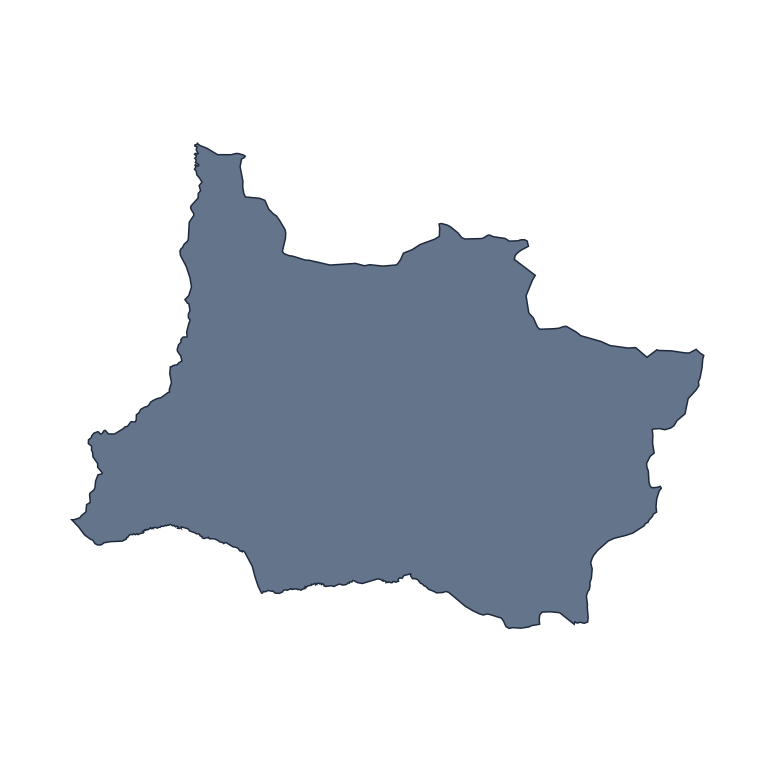 the district of Mpwapwa, Dodoma, United Republic of Tanzania, rotated 86°
{"feature_id": "72390352B74757309381442", "entity_name": "Mpwapwa", "entity_type": "district", "adm_level": 2, "iso_a3": "TZA", "parent_name": "United Republic of Tanzania", "parent_adm1": "Dodoma", "projection": "albers", "projection_center": [36.387, -6.763], "detail": "fine", "context": "isolated", "style": "filled", "palette": "slate", "viewbox_px": 768, "rotation_deg": 86, "n_neighbors": 0, "source": "geoboundaries", "source_scale": "gbopen_adm2", "svg_char_len": 6154}
<svg xmlns="http://www.w3.org/2000/svg" viewBox="0 0 768 768"><g transform="rotate(86 384 384)"><path d="M147.1,506.5L145.9,508.0L144.0,512.9L143.7,515.6L144.6,520.7L143.6,534.0L136.5,544.2L133.1,551.2L130.9,553.4L131.8,553.8L132.4,556.0L133.3,556.2L134.6,553.9L137.2,555.1L141.1,553.4L141.4,554.1L140.8,556.1L141.5,557.0L143.4,555.3L144.2,555.3L145.6,557.0L147.4,555.7L150.0,556.7L151.8,553.8L152.8,553.6L153.6,554.1L152.1,556.9L152.8,557.3L154.6,556.5L156.5,558.1L158.4,556.5L162.4,556.1L165.4,553.8L170.0,551.5L173.2,554.6L178.4,553.5L181.0,556.0L185.4,556.4L193.0,564.2L194.7,564.6L196.5,564.2L201.1,561.8L202.8,562.2L209.0,567.0L225.7,569.1L227.7,569.9L230.7,573.7L234.1,575.6L234.5,576.7L237.1,578.3L241.5,578.1L252.9,573.1L264.7,570.1L273.8,569.3L282.2,572.6L285.9,576.7L289.8,574.3L290.4,573.0L297.3,572.5L300.7,574.3L304.4,574.5L306.7,572.9L310.0,574.5L318.7,577.3L322.7,577.1L323.5,577.7L323.1,580.3L323.5,581.6L325.7,583.6L328.0,583.5L330.5,586.2L335.1,587.9L337.0,587.7L341.9,584.8L346.9,584.0L348.5,587.2L350.3,589.0L350.9,593.2L352.1,595.1L351.9,595.9L359.0,597.0L367.7,595.9L374.3,598.5L377.1,598.6L377.4,600.0L382.0,607.3L382.7,611.3L384.3,615.4L385.8,618.1L388.7,620.1L389.9,621.9L390.5,624.7L392.4,628.5L395.5,630.4L397.5,633.2L402.6,633.7L404.2,634.7L404.5,636.0L403.9,638.4L404.4,639.5L408.3,642.8L408.8,645.6L410.2,646.9L415.0,656.2L414.7,661.8L414.0,662.9L410.9,665.1L410.9,666.4L413.7,668.7L414.0,669.6L413.6,671.2L412.4,671.6L411.6,672.7L412.1,674.6L412.8,676.8L415.3,679.1L417.2,679.9L419.1,682.7L422.9,683.1L425.3,680.3L426.9,680.0L429.4,680.5L431.7,679.5L436.5,679.4L443.4,675.2L447.1,675.5L452.8,671.3L453.9,671.8L454.7,675.7L460.8,678.5L467.4,679.6L469.7,681.0L472.0,684.5L473.4,685.4L481.6,685.3L483.6,689.1L490.9,690.3L494.1,694.9L496.3,696.9L497.8,702.8L497.6,705.0L505.3,698.6L513.5,693.4L518.1,688.0L519.5,685.4L523.0,683.5L524.5,681.2L524.8,678.2L524.3,676.4L522.9,674.6L522.2,667.9L522.5,656.0L520.7,651.8L519.2,651.4L519.1,650.4L517.2,648.9L516.4,647.5L516.8,645.2L515.9,644.1L517.0,642.6L516.2,641.0L517.1,639.9L516.1,637.5L515.8,634.7L515.2,634.1L514.4,634.7L513.7,634.3L513.8,633.5L513.1,633.2L513.4,632.0L512.5,631.9L513.0,629.9L511.9,627.6L511.0,627.0L512.1,626.1L511.7,625.5L512.2,624.6L511.3,624.3L511.4,623.1L510.8,622.4L512.0,620.3L511.1,618.0L511.4,617.3L510.3,616.3L510.6,614.0L509.8,611.9L510.3,610.8L509.7,610.1L509.9,608.8L509.1,607.0L510.8,604.5L510.4,603.2L511.9,602.1L511.4,600.3L512.0,599.5L513.4,600.1L513.9,598.5L513.2,597.0L513.7,596.5L512.9,596.7L512.4,596.1L514.8,589.6L517.1,588.1L519.2,583.0L520.2,581.9L520.9,578.6L522.6,578.1L523.6,576.1L524.7,576.1L525.4,574.9L525.6,573.8L524.8,571.7L525.4,570.1L524.9,569.8L526.3,568.8L526.4,565.3L527.0,563.2L528.6,560.3L529.9,559.2L531.0,555.9L532.0,555.1L531.1,553.2L531.3,552.5L536.1,545.7L536.1,544.2L537.6,541.3L540.3,539.5L540.9,538.1L540.5,537.5L541.4,537.1L540.8,536.6L541.3,535.3L542.4,534.5L556.7,528.1L567.6,526.1L577.1,523.6L584.1,520.7L584.0,519.8L582.7,518.8L583.0,516.8L581.9,514.0L582.9,510.4L582.6,509.7L585.0,507.1L585.6,503.1L584.3,499.6L583.1,498.9L582.5,497.4L582.4,496.3L583.1,495.2L581.7,490.9L582.5,490.3L582.1,485.6L583.0,484.8L583.0,482.9L583.9,481.2L582.4,478.1L582.7,477.3L581.6,477.1L581.7,476.2L580.6,476.5L581.0,475.3L580.0,473.8L579.8,470.7L578.8,470.3L579.2,469.6L578.2,467.2L579.5,466.2L578.4,465.6L579.0,465.0L578.4,464.9L578.2,462.6L578.9,462.1L578.5,461.2L579.8,460.3L579.0,459.0L580.2,457.8L581.3,457.9L581.9,456.1L581.5,450.9L582.5,448.0L580.5,443.0L581.0,440.5L581.7,439.6L581.6,436.8L581.0,434.8L579.9,433.5L580.2,432.5L579.1,432.1L579.2,429.9L577.9,429.0L578.0,427.9L580.2,424.6L581.5,419.5L578.0,404.1L578.6,401.2L580.0,399.3L579.6,398.8L580.6,398.6L580.5,396.9L581.2,396.0L582.3,395.9L581.9,394.9L582.3,393.8L581.6,392.7L582.7,391.2L582.7,389.6L581.6,388.7L582.5,386.0L581.8,383.2L580.3,383.6L578.6,382.3L579.0,379.4L576.5,377.5L575.3,370.7L577.1,370.8L580.2,369.2L580.3,366.7L581.5,364.1L585.4,361.4L586.4,359.4L588.3,358.0L588.7,356.6L592.1,353.6L594.3,348.8L596.0,346.3L596.1,340.0L595.3,336.9L596.2,334.2L611.5,318.3L616.2,311.5L619.7,305.4L621.4,301.1L620.7,297.9L620.9,295.7L625.7,283.3L628.7,281.4L634.6,279.2L636.5,276.2L636.0,272.6L637.1,264.8L636.5,256.6L635.3,253.4L634.5,245.5L630.0,245.6L625.0,244.7L622.6,242.1L622.8,234.2L624.4,224.7L637.0,211.0L634.7,210.1L636.0,207.7L635.3,205.0L636.7,201.1L635.6,197.4L630.7,196.6L620.6,196.8L618.9,196.4L609.5,196.9L604.6,194.8L603.7,193.6L599.8,192.6L596.3,192.4L592.4,190.7L582.9,189.2L576.8,190.3L572.2,188.4L569.4,186.7L564.8,182.4L556.2,171.1L554.0,165.1L551.8,152.8L550.0,146.1L543.6,134.4L541.5,133.0L540.3,130.2L538.6,129.4L534.8,125.5L532.6,124.4L530.8,121.0L525.3,121.2L517.4,119.9L509.9,116.9L507.3,114.6L505.4,115.6L506.2,119.0L506.2,123.5L505.6,124.7L504.0,125.7L500.4,126.5L489.3,126.4L485.4,127.5L481.6,127.6L474.8,123.6L471.7,119.3L461.8,120.2L453.9,119.4L448.2,119.6L447.7,118.1L447.7,112.4L449.2,107.0L448.0,101.3L445.9,97.7L440.9,94.2L434.8,85.8L419.8,81.6L411.9,73.2L407.7,70.0L403.7,70.2L400.1,68.3L389.5,65.5L381.4,64.3L377.9,63.0L375.2,66.5L371.2,70.2L374.3,77.1L374.1,80.8L371.0,95.0L369.6,108.3L368.9,109.4L375.7,119.8L365.2,130.4L365.2,137.8L361.4,155.8L356.7,164.6L349.5,184.4L345.4,188.8L339.2,198.1L339.2,200.8L340.5,205.3L340.7,210.6L340.3,224.3L339.3,225.8L337.6,227.1L328.6,230.3L323.8,234.2L322.2,234.7L305.9,236.1L290.8,228.7L286.2,225.5L268.8,245.3L265.1,244.2L263.0,242.3L260.1,238.0L256.7,230.3L251.4,231.2L249.9,233.7L249.7,237.2L250.5,240.8L250.2,249.0L247.2,253.1L244.7,264.7L242.7,268.5L242.9,270.2L245.3,274.6L245.7,276.5L245.0,293.1L243.5,296.1L238.4,299.7L232.1,306.4L229.9,309.7L227.9,315.5L228.2,317.9L232.6,317.6L240.6,318.5L243.1,323.4L247.4,338.3L252.0,346.6L254.8,355.5L261.1,358.8L265.1,362.0L266.1,363.7L266.3,377.0L264.0,389.8L264.7,395.2L261.7,404.0L261.6,429.4L255.3,450.2L254.9,453.8L250.3,465.6L249.2,470.0L246.9,474.8L244.5,476.1L232.1,472.2L226.3,471.5L223.1,471.9L213.8,476.6L208.8,479.6L206.3,482.8L201.5,486.8L192.5,490.0L190.1,495.0L187.7,509.3L183.7,510.6L177.7,511.2L171.8,510.6L157.1,512.4L149.5,510.3L148.5,507.7L147.1,506.5Z" fill="#64748b" stroke="#1e293b" stroke-width="1.5"/></g></svg>